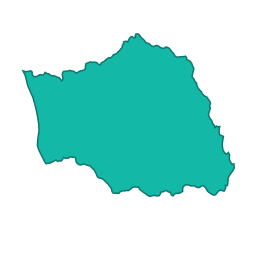 Bernardo Sayão, Tocantins, Brazil, rotated 344°
{"feature_id": "56859067B43927919918993", "entity_name": "Bernardo Sayão", "entity_type": "district", "adm_level": 2, "iso_a3": "BRA", "parent_name": "Brazil", "parent_adm1": "Tocantins", "projection": "equal_earth", "projection_center": [-48.957, -7.99], "detail": "fine", "context": "isolated", "style": "filled", "palette": "teal", "viewbox_px": 256, "rotation_deg": 344, "n_neighbors": 0, "source": "geoboundaries", "source_scale": "gbopen_adm2", "svg_char_len": 3653}
<svg xmlns="http://www.w3.org/2000/svg" viewBox="0 0 256 256"><g transform="rotate(344 128 128)"><path d="M39.4,139.8L41.9,140.0L43.7,140.2L45.9,139.8L48.1,139.3L49.8,138.9L51.3,140.8L53.2,140.8L55.0,141.3L56.5,140.1L57.9,138.6L59.5,139.9L61.1,140.2L62.8,140.5L64.3,139.6L66.4,140.8L68.4,141.1L69.3,142.4L69.0,144.2L68.9,147.0L70.4,149.4L72.5,150.6L74.0,150.4L76.0,150.5L77.9,152.1L79.7,153.4L81.4,154.1L81.9,155.8L82.9,157.4L83.9,158.9L84.4,161.1L84.9,163.7L85.1,166.5L86.1,167.8L87.6,168.6L89.5,169.9L90.6,171.5L91.8,173.7L93.2,176.1L94.2,178.5L95.3,181.8L95.1,184.7L95.8,186.5L97.3,187.0L99.4,187.7L101.3,188.3L102.7,187.2L104.3,187.0L105.9,186.9L107.4,187.6L109.3,187.6L111.1,188.3L113.3,187.6L115.2,186.7L117.3,186.2L118.8,186.8L120.6,187.5L122.1,187.6L122.1,189.9L123.4,191.7L124.9,193.9L126.4,195.5L128.1,197.9L130.2,199.9L132.1,199.8L133.6,199.7L135.2,200.3L137.0,201.3L139.3,201.6L141.2,200.0L142.3,198.6L143.7,199.0L145.0,198.9L146.3,198.4L147.7,198.9L149.3,200.7L150.9,201.4L151.2,204.4L152.7,205.7L154.1,204.4L155.9,204.0L158.2,204.7L160.1,204.8L161.5,204.4L163.0,204.1L163.6,202.3L164.1,200.6L165.5,199.3L167.6,198.6L169.5,199.1L171.0,199.7L172.5,201.1L173.9,201.5L175.3,201.5L176.8,202.9L178.4,204.4L179.9,204.8L181.2,204.6L182.6,204.0L184.1,204.0L185.1,205.2L186.0,206.5L186.5,208.4L187.0,210.5L187.8,211.9L188.9,213.1L190.4,215.0L192.1,216.2L193.8,216.3L196.1,214.6L197.9,213.6L200.0,213.2L201.5,214.4L203.0,215.1L204.5,213.6L205.7,211.9L205.8,210.0L207.7,210.7L208.7,208.5L209.7,206.2L210.3,203.8L212.2,201.8L213.9,200.4L215.7,198.9L217.6,197.5L219.1,195.7L219.5,193.7L219.9,191.7L217.8,191.2L217.1,188.5L216.8,186.3L217.3,184.3L218.2,181.9L217.8,179.3L215.6,180.4L214.0,178.3L213.2,175.4L213.6,172.1L214.0,170.4L214.6,168.4L215.3,166.8L216.2,164.9L217.4,162.4L215.7,161.0L214.2,159.6L214.2,157.8L214.7,156.1L215.5,153.9L216.6,151.9L214.7,151.6L213.4,150.5L211.7,151.6L211.7,149.2L210.8,147.6L210.6,145.7L210.5,143.8L209.5,141.8L209.1,139.8L209.0,137.3L210.2,135.3L211.5,133.3L212.7,131.6L212.4,129.2L213.9,127.6L214.2,125.7L213.4,123.4L212.3,120.0L210.1,118.0L208.9,115.6L208.4,113.1L207.2,111.0L206.1,108.2L206.0,105.7L206.3,103.6L205.3,102.1L205.0,99.7L203.7,96.4L205.1,93.5L206.7,91.0L207.7,88.6L207.2,86.3L207.0,83.2L206.0,80.8L204.6,79.4L203.3,78.3L203.7,76.3L203.0,74.8L201.5,74.8L200.2,74.4L198.8,74.2L197.2,73.8L195.6,73.7L194.2,73.1L192.8,71.3L192.3,68.8L191.0,66.3L189.9,63.3L188.6,61.7L186.8,60.5L184.7,61.4L183.1,60.8L181.5,59.8L180.2,57.9L178.4,56.6L177.0,56.4L175.2,56.9L173.0,55.3L171.7,52.9L170.1,51.8L168.5,50.6L168.0,48.5L167.1,47.0L166.0,45.5L165.0,43.2L164.5,41.2L163.1,40.2L161.8,39.7L160.6,40.8L160.0,43.1L158.2,42.7L157.1,41.2L155.8,41.2L154.4,42.0L153.0,43.4L151.4,45.2L149.9,44.0L147.8,43.9L146.7,45.8L145.4,47.0L144.6,49.0L142.6,50.1L141.1,51.4L139.7,51.9L138.1,53.0L136.2,53.6L134.2,53.5L132.4,55.0L130.8,55.8L128.6,55.2L126.5,55.9L124.9,56.6L123.4,57.4L121.9,57.7L120.3,58.0L118.7,59.7L117.1,58.5L116.0,56.5L113.8,55.3L112.1,55.2L110.7,54.3L109.0,54.1L107.2,54.4L105.5,54.4L104.1,56.8L103.5,59.1L101.3,60.3L98.8,60.0L96.4,60.2L94.7,60.8L92.9,60.6L91.7,58.7L90.4,58.0L88.9,57.2L87.6,56.5L86.0,56.7L83.7,56.2L81.5,55.9L80.4,56.9L79.5,58.4L79.4,61.2L78.6,63.5L77.2,64.4L76.5,62.3L75.5,60.5L73.9,59.6L72.5,58.2L70.9,57.3L68.7,56.8L67.0,54.3L65.3,53.4L63.7,51.7L62.0,53.3L60.5,53.8L58.9,52.6L57.5,52.5L55.9,53.1L54.1,53.2L51.7,52.8L50.7,50.6L51.2,47.5L50.1,46.1L48.7,46.2L45.4,45.7L44.1,45.0L42.8,44.2L43.7,49.4L43.3,59.6L44.2,66.7L45.0,72.2L45.0,78.9L44.8,85.0L44.2,92.6L43.3,99.3L41.8,105.9L38.0,114.4L36.1,119.7L36.2,124.6L38.6,137.5L39.4,139.8Z" fill="#14b8a6" stroke="#0f766e" stroke-width="1.5"/></g></svg>